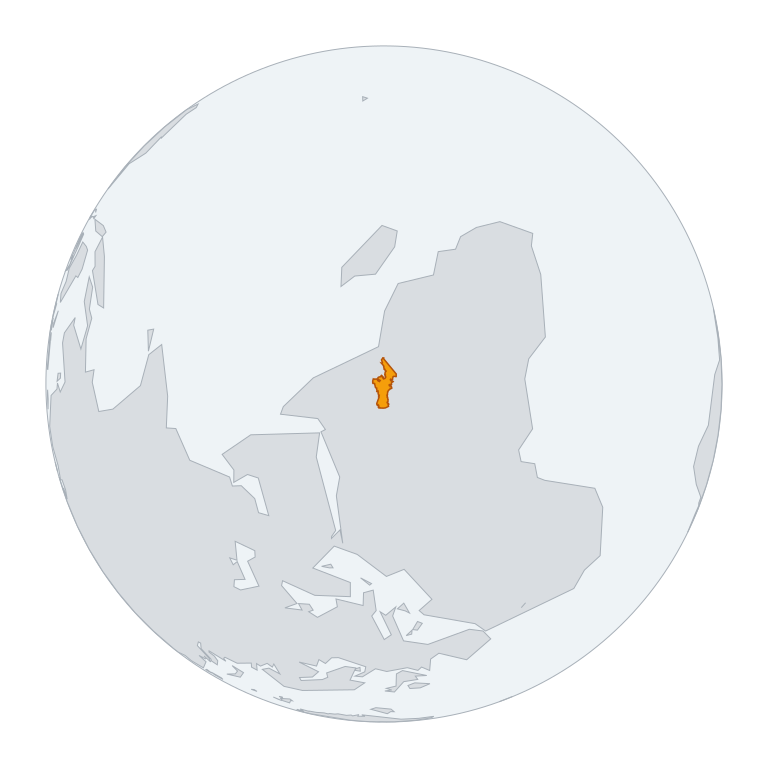 Rift Valley on an orthographic globe, rotated 201°
{"feature_id": "KEN-890", "entity_name": "Rift Valley", "entity_type": "Province", "adm_level": 1, "iso_a3": "KEN", "parent_name": "Kenya", "parent_adm1": "", "projection": "orthographic", "projection_center": [36.059, 0.919], "detail": "fine", "context": "on_globe", "style": "filled", "palette": "amber", "viewbox_px": 768, "rotation_deg": 201, "n_neighbors": 0, "source": "natural_earth", "source_scale": "10m", "svg_char_len": 11214}
<svg xmlns="http://www.w3.org/2000/svg" viewBox="0 0 768 768"><g transform="rotate(201 384 384)"><circle cx="384" cy="384" r="338" fill="#eef3f6" stroke="#a8b0b8"/><path d="M47.4,354.4L47.3,359.5L47.0,374.1L46.6,383.0L47.5,385.9L47.6,391.8L56.5,402.2L65.4,417.9L68.1,438.6L66.4,461.7L78.6,511.4L79.3,526.7L88.7,546.5L103.5,572.4L90.1,550.7L78.3,528.1L68.3,504.6L60.1,480.5L53.8,455.8L49.3,430.7L46.8,405.3L46.1,379.8L47.4,354.4ZM662.7,192.8L662.8,193.1L657.3,185.2L662.7,192.8ZM654.0,180.8L649.8,175.6L644.5,168.9L646.0,172.2L638.5,162.9L643.3,171.0L650.2,179.1L651.7,178.8L659.1,191.2L670.8,206.8L680.9,224.6L690.7,254.0L687.5,262.1L689.2,267.9L683.4,260.5L682.5,271.6L698.8,307.1L700.7,317.2L696.1,335.4L694.8,327.7L679.5,308.0L681.6,332.2L693.4,353.6L697.6,378.4L690.7,370.0L685.9,348.3L680.4,340.7L678.3,319.4L667.0,288.1L659.8,293.4L657.0,281.1L640.4,256.1L628.1,263.4L610.8,295.2L614.1,327.1L605.7,341.2L581.6,295.1L571.5,265.0L562.4,267.8L538.0,243.2L494.8,241.8L489.0,234.4L480.8,237.9L463.6,230.7L455.0,218.9L444.4,219.8L467.7,251.2L479.0,250.6L489.0,238.3L493.3,249.9L509.9,260.3L490.2,288.8L426.6,315.3L421.1,291.6L376.6,229.9L378.3,223.1L378.2,222.3L377.7,221.0L372.8,232.0L365.4,220.5L388.4,262.5L392.0,281.3L425.7,316.8L422.4,320.5L433.4,328.0L469.8,318.7L469.9,326.8L452.2,364.4L402.5,416.9L409.6,452.4L406.8,482.9L376.9,503.5L380.8,527.0L365.5,535.5L365.3,549.0L353.8,563.3L334.0,577.1L299.1,577.9L295.9,565.7L276.9,542.4L250.2,485.7L257.9,459.4L254.4,439.2L229.2,395.4L234.7,370.7L228.2,360.7L214.7,363.6L207.3,351.7L199.3,351.7L149.8,362.2L135.6,347.3L120.7,301.2L130.2,282.1L133.5,261.1L200.6,189.8L213.1,192.9L263.9,182.9L270.0,185.1L262.1,200.2L298.8,218.2L312.8,205.2L347.9,215.3L372.4,214.8L384.5,186.7L344.3,186.6L339.2,173.4L372.9,161.9L408.2,164.0L407.4,159.1L386.6,147.9L396.3,139.5L379.5,143.6L385.1,148.4L374.8,151.6L369.1,147.5L372.7,144.4L362.5,142.3L347.7,159.3L351.8,166.1L324.1,169.7L328.3,181.8L320.2,187.7L310.1,169.6L312.3,163.0L292.2,145.5L287.3,152.5L306.0,170.0L299.5,168.7L293.1,180.1L292.8,170.5L273.7,151.2L249.7,156.6L216.4,185.6L203.0,188.9L193.0,184.3L208.0,156.2L236.3,152.3L241.9,143.9L238.7,132.9L247.5,133.2L249.7,128.8L260.6,127.5L278.4,116.6L289.9,115.1L299.2,102.9L306.4,100.9L298.8,108.4L299.7,113.5L328.5,112.2L334.8,109.6L338.5,102.1L346.0,103.4L345.9,96.5L363.6,94.0L342.0,91.9L345.8,84.8L357.7,79.7L355.1,77.5L335.6,86.0L331.4,90.0L334.0,93.7L319.0,106.4L308.6,108.8L309.6,95.4L294.9,98.1L302.1,87.9L350.2,68.7L369.0,65.9L395.3,74.0L389.6,77.5L377.3,76.0L386.5,83.1L386.8,79.7L393.0,81.3L398.2,76.4L402.8,77.3L399.9,71.4L406.2,72.2L407.9,75.9L421.0,70.7L434.6,71.9L435.4,70.5L432.3,68.5L451.7,72.2L451.3,71.0L444.9,69.2L440.0,66.0L439.0,62.1L445.7,63.6L447.0,65.2L459.9,71.4L462.3,76.4L464.9,76.7L464.5,72.9L448.8,65.1L446.2,62.4L454.6,65.6L451.4,64.2L452.2,63.4L459.4,64.3L450.6,60.9L450.9,54.3L464.8,56.7L472.3,59.3L479.6,59.9L486.0,61.8L510.6,70.7L534.5,81.4L557.4,94.0L579.3,108.2L600.0,124.1L619.5,141.6L637.5,160.5L654.0,180.8ZM175.7,224.4L173.4,230.5L175.7,224.4ZM444.9,182.1L466.6,183.8L458.1,166.8L465.7,166.4L460.0,161.2L457.4,165.6L443.7,151.8L453.5,147.7L451.5,141.0L444.1,140.3L428.3,150.5L447.8,169.7L442.3,176.3L444.9,182.1ZM162.6,128.7L160.2,130.9L152.1,138.3L156.8,133.9L154.6,135.9L162.6,128.7ZM250.7,109.0L253.6,111.1L248.2,116.0L233.7,120.7L241.3,113.3L250.7,109.0ZM258.9,113.2L263.9,100.2L273.2,97.7L267.1,101.1L272.7,100.7L264.5,106.3L268.5,117.8L264.0,123.1L239.6,127.2L250.1,122.5L246.6,120.3L258.9,113.2ZM260.4,80.5L262.7,77.4L279.7,75.6L275.6,78.9L260.9,83.0L257.1,81.7L260.4,80.5ZM337.2,49.3L337.5,49.3L335.7,49.8L341.0,49.0L348.6,48.4L348.2,49.2L341.5,49.5L345.8,50.6L336.1,51.6L337.3,51.7L329.5,53.2L322.0,55.5L317.9,56.0L316.8,56.8L311.6,58.2L308.7,59.6L300.3,61.2L296.0,63.2L294.4,62.9L289.3,66.1L289.3,64.5L282.7,66.9L286.2,67.2L247.9,77.2L231.8,84.3L218.4,91.6L220.3,89.2L234.0,81.4L253.0,72.5L268.2,66.7L266.3,67.3L273.0,64.9L271.7,65.4L277.7,63.2L282.9,61.6L294.8,58.1L337.2,49.3ZM278.1,179.3L282.9,179.8L290.9,178.9L287.0,186.5L278.1,179.3ZM264.6,166.2L269.2,165.0L267.6,174.3L262.5,174.3L264.6,166.2ZM273.1,157.1L269.6,164.3L268.5,160.4L273.1,157.1ZM303.2,107.4L308.3,106.3L308.3,108.0L304.9,110.8L303.2,107.4ZM359.0,56.2L356.0,55.4L357.8,54.9L357.8,52.5L364.9,52.1L367.8,53.4L359.0,56.2ZM376.9,191.4L369.1,196.7L365.7,194.1L369.0,192.8L376.9,191.4ZM325.3,191.1L336.4,194.6L324.1,193.2L325.3,191.1ZM366.8,55.3L365.9,54.3L370.0,54.8L366.8,55.3ZM370.2,51.8L375.2,52.1L365.8,51.8L370.2,51.8ZM505.2,640.6L506.9,644.6L501.9,644.9L505.2,640.6ZM465.2,477.8L442.7,531.3L426.5,531.6L423.2,515.9L431.3,483.5L450.0,474.3L459.1,459.6L465.2,477.8ZM714.7,440.8L715.4,443.0L715.1,444.6L714.7,440.8ZM714.2,434.5L715.6,435.8L713.3,437.9L714.2,434.5ZM716.0,436.3L717.4,434.1L718.0,431.9L717.5,435.1L716.0,436.3ZM712.9,434.2L702.8,431.3L697.9,426.2L699.8,420.6L707.9,423.5L712.9,434.2ZM699.4,420.3L690.7,402.8L673.0,354.5L679.5,355.7L696.8,385.4L695.9,390.3L701.2,403.9L699.4,420.3ZM717.2,393.7L716.1,408.6L711.3,405.8L708.7,402.8L707.0,383.1L708.0,373.7L710.4,374.5L715.4,344.1L718.0,352.8L717.5,365.8L719.3,379.3L717.2,393.7ZM615.7,330.2L623.8,349.6L618.7,352.7L615.7,330.2ZM714.2,322.7L714.3,335.7L713.1,318.0L714.2,322.7ZM711.5,306.0L713.1,313.0L711.0,305.8L711.5,306.0ZM692.1,277.2L689.8,278.3L688.2,273.5L690.2,269.4L692.1,277.2ZM688.6,240.0L694.4,253.5L696.0,258.1L692.1,249.5L688.6,240.0ZM426.8,56.9L418.9,60.1L417.9,63.5L424.9,66.7L411.7,64.2L413.1,58.8L426.8,56.9ZM447.2,54.1L441.1,52.4L445.9,53.0L447.9,53.5L447.2,54.1ZM442.0,53.1L430.5,51.4L428.5,50.5L437.9,51.9L442.0,53.1ZM398.6,51.4L395.7,52.2L392.4,51.5L398.6,51.4ZM666.5,569.5L657.9,578.7L658.3,574.8L665.4,564.9L680.0,533.8L680.5,534.7L689.1,514.2L700.9,498.3L711.5,467.1L703.5,494.1L693.2,520.2L680.9,545.4L666.5,569.5ZM717.7,437.3L716.2,444.3L718.3,433.7L717.7,437.3ZM721.4,402.8L721.4,402.7L721.4,402.8ZM720.1,383.2L720.5,392.8L721.5,387.9L720.7,395.7L720.4,411.9L719.7,417.5L720.2,400.0L718.7,417.1L718.1,416.3L718.8,401.2L719.9,383.7L720.5,376.8L721.8,375.7L720.1,383.2ZM719.6,344.8L720.3,351.2L718.5,338.2L718.4,342.1L717.0,326.8L718.6,337.0L719.6,344.8ZM716.3,323.9L716.4,327.3L715.2,318.4L716.3,323.9ZM715.5,323.1L713.8,314.8L714.6,316.4L715.5,323.1ZM716.6,324.7L713.8,310.7L715.7,319.3L716.6,324.7ZM709.2,296.3L713.7,310.8L710.6,303.6L703.1,277.2L703.8,277.2L709.2,296.3Z" fill="#d9dde1" stroke="#a8b0b8" stroke-width="1"/><path d="M382.1,361.8L382.4,361.8L382.4,362.2L383.2,362.2L383.2,362.3L383.3,362.4L383.3,362.8L383.8,363.2L383.9,370.2L384.0,370.3L384.3,370.5L384.5,370.4L384.5,370.5L384.4,370.7L384.5,371.0L384.4,371.7L384.4,371.8L384.5,371.8L384.9,371.9L385.1,371.8L385.2,372.1L385.4,372.3L385.9,372.6L386.0,372.8L386.1,373.1L386.2,373.3L386.2,373.8L386.3,373.9L386.5,374.0L386.7,374.4L386.8,374.6L386.8,374.9L386.8,375.1L386.9,375.3L387.1,375.2L387.3,375.2L387.7,374.9L387.8,374.8L387.8,374.6L387.9,374.4L388.0,374.4L388.0,374.5L388.5,375.9L388.6,376.0L388.9,376.3L389.0,376.4L389.3,377.1L389.3,377.3L389.3,377.5L389.8,377.5L390.4,377.5L390.6,377.6L390.7,377.9L391.0,378.0L391.2,378.4L391.3,378.7L391.5,378.8L391.7,379.0L391.8,379.5L392.0,379.7L392.3,379.9L392.4,380.0L392.8,381.0L393.0,381.1L393.4,380.9L393.6,380.9L393.8,380.9L394.0,380.7L394.3,380.7L394.5,380.6L394.9,380.9L395.0,381.0L395.1,381.9L395.1,382.0L395.6,382.5L395.8,384.8L395.5,384.7L395.2,385.0L394.9,385.1L394.7,385.0L394.5,385.3L394.4,385.3L394.2,385.4L393.8,385.5L393.6,385.5L393.3,385.7L393.1,385.8L392.9,386.0L392.6,386.0L392.4,385.9L391.9,386.0L391.8,385.9L391.6,385.8L391.6,385.6L391.3,385.1L391.0,384.9L390.9,384.9L390.8,385.0L390.6,385.0L390.5,384.9L390.1,384.7L390.0,384.8L389.8,384.9L389.3,385.0L389.1,384.9L389.1,385.0L389.1,385.4L389.0,385.5L388.8,385.8L388.7,385.9L388.8,386.0L391.6,386.3L391.6,386.9L391.7,387.0L391.8,387.2L391.9,387.4L391.9,387.6L391.7,387.9L391.7,388.2L391.0,388.9L390.8,389.0L390.2,389.2L390.1,389.3L389.8,389.8L389.6,389.9L389.6,390.0L389.7,390.4L389.7,390.7L389.7,390.8L389.4,391.2L389.2,391.1L388.9,391.1L388.6,390.8L388.6,390.6L388.7,390.3L388.4,390.1L387.6,390.3L387.1,390.2L386.8,390.0L386.8,389.9L386.9,389.7L387.5,389.4L387.4,389.3L387.2,389.4L387.0,389.2L386.7,389.1L386.6,388.9L386.4,388.7L386.3,388.9L386.0,389.0L385.6,389.1L385.3,389.3L385.2,389.4L385.1,389.7L385.0,389.9L384.9,390.1L384.9,390.6L384.8,390.9L384.9,391.1L385.2,391.7L385.3,391.8L385.5,391.7L385.6,391.8L385.8,391.8L385.9,392.0L386.0,392.6L386.0,392.9L386.3,392.9L386.4,393.0L386.6,393.0L386.8,393.7L386.7,394.0L386.8,394.2L387.0,394.8L387.0,395.0L387.1,395.3L387.1,395.6L387.1,395.9L387.1,396.0L386.9,396.0L386.6,396.7L386.6,396.8L387.4,396.9L387.8,397.2L388.0,397.4L388.1,397.5L388.3,397.6L388.5,397.6L388.8,397.8L388.7,398.0L388.8,398.0L389.1,397.9L389.4,398.0L389.3,398.3L389.4,398.5L389.5,398.7L390.5,399.9L390.4,400.1L390.4,400.3L390.5,400.5L390.9,400.9L391.3,401.2L391.6,401.3L391.8,401.3L392.1,401.5L392.5,401.8L393.0,402.1L393.5,402.2L393.8,402.4L393.6,402.4L393.5,402.5L393.4,402.9L393.2,403.1L393.1,403.3L394.8,405.4L394.9,405.5L395.0,405.8L394.6,407.2L394.5,408.0L394.4,408.1L394.2,408.1L393.5,408.2L393.4,407.5L393.3,407.4L376.1,397.7L375.9,396.7L375.7,396.4L375.5,396.0L375.4,395.9L375.4,395.7L375.3,395.3L375.6,395.1L376.0,395.1L377.6,394.7L377.9,394.3L378.2,394.0L378.2,393.9L378.0,393.5L378.1,393.1L378.0,392.5L377.9,392.3L377.9,392.0L377.8,391.8L377.7,391.5L377.8,391.5L378.0,391.2L378.0,390.7L378.3,390.5L378.4,390.3L378.5,390.2L378.6,390.3L378.8,390.4L378.8,390.5L378.9,390.4L379.0,390.4L379.1,390.6L379.3,390.8L379.5,390.9L379.7,390.5L379.4,390.2L379.1,389.9L379.1,389.7L378.9,389.6L378.7,389.7L378.4,389.5L378.2,389.7L378.1,389.8L377.8,389.7L377.7,389.6L377.4,389.7L377.1,389.6L376.7,389.6L376.3,389.5L376.4,389.3L376.8,388.9L376.9,388.7L377.2,388.4L377.4,387.9L377.3,387.6L377.3,387.2L377.2,386.9L377.1,386.7L376.8,386.5L376.8,386.2L377.0,386.0L377.3,386.0L377.5,385.8L377.6,385.7L377.9,385.7L378.1,385.7L378.3,385.7L378.5,385.4L378.7,385.2L378.8,385.1L378.7,385.0L378.7,384.9L378.7,384.7L378.5,384.4L378.4,384.4L378.1,384.2L377.7,384.2L377.4,384.3L377.3,384.5L377.1,384.4L376.8,384.5L376.6,384.5L376.4,384.5L376.3,384.4L376.4,384.2L376.1,384.0L375.5,383.4L375.4,383.2L375.2,382.9L375.3,382.6L375.6,382.6L375.8,382.4L376.4,382.2L376.6,382.2L376.6,381.9L376.6,381.7L376.5,381.4L376.5,381.2L376.8,380.9L376.9,380.5L377.1,380.3L377.3,380.2L377.6,379.7L377.6,378.4L377.8,378.1L377.6,377.9L377.5,377.5L377.6,377.0L377.0,375.6L376.9,375.3L377.0,375.2L377.3,374.9L377.3,374.7L377.1,374.5L377.0,374.1L376.9,374.1L376.7,374.1L376.4,373.6L376.4,373.1L376.2,372.6L375.9,372.4L375.9,372.5L375.7,372.6L375.3,372.0L375.1,371.2L374.9,370.9L374.6,370.9L374.4,370.7L374.4,369.9L374.3,369.7L374.2,369.5L374.1,369.4L374.2,369.2L374.1,368.9L374.3,368.8L374.4,368.6L374.5,368.4L374.5,367.9L374.2,367.6L374.0,367.4L373.9,367.4L373.7,367.4L373.6,367.6L373.4,367.3L373.3,367.1L372.9,367.2L372.9,366.9L373.0,366.7L372.9,366.5L372.5,366.6L372.4,366.6L372.5,366.2L372.3,365.9L372.3,365.5L372.3,365.3L372.1,365.1L372.1,364.9L372.1,364.7L371.9,364.6L374.1,362.2L375.8,361.3L379.2,360.1L379.3,360.3L380.2,359.8L380.3,359.9L380.1,360.4L380.7,360.4L381.1,360.5L380.8,361.2L381.4,362.2L381.9,362.4L382.0,361.9L382.1,361.8Z" fill="#f59e0b" stroke="#b45309" stroke-width="1.5"/></g></svg>